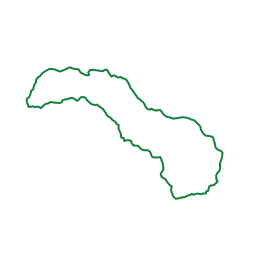 outline of Leoberto Leal, Santa Catarina, Brazil, rotated 115°
{"feature_id": "56859067B74012880326604", "entity_name": "Leoberto Leal", "entity_type": "district", "adm_level": 2, "iso_a3": "BRA", "parent_name": "Brazil", "parent_adm1": "Santa Catarina", "projection": "robinson", "projection_center": [-49.253, -27.488], "detail": "fine", "context": "isolated", "style": "outline", "palette": "green", "viewbox_px": 256, "rotation_deg": 115, "n_neighbors": 0, "source": "geoboundaries", "source_scale": "gbopen_adm2", "svg_char_len": 2963}
<svg xmlns="http://www.w3.org/2000/svg" viewBox="0 0 256 256"><g transform="rotate(115 128 128)"><path d="M150.9,226.8L149.8,225.0L148.5,223.3L148.5,221.3L147.2,219.7L146.5,217.5L146.9,215.5L145.0,214.6L143.0,213.8L141.0,212.8L139.3,210.5L137.4,209.5L136.7,207.9L136.0,205.0L135.0,202.6L134.4,200.8L132.6,198.9L130.4,199.0L128.7,197.1L127.3,194.9L125.7,193.4L124.5,191.5L124.1,188.8L124.9,185.8L123.4,184.6L121.6,184.3L119.9,183.5L118.8,181.8L118.6,179.1L120.3,176.5L121.1,173.7L121.9,171.3L121.5,169.4L121.0,167.3L120.0,165.9L120.5,163.6L120.9,161.4L121.4,158.5L122.5,156.8L123.7,154.6L125.4,152.4L125.9,150.2L126.0,148.2L127.0,146.4L127.4,144.1L127.9,141.6L129.1,140.2L129.2,137.8L130.9,137.1L132.7,136.2L134.0,134.6L135.3,133.2L136.6,131.7L138.2,131.0L139.5,129.9L139.0,127.6L141.2,125.8L139.5,123.9L138.7,122.3L138.5,119.6L140.2,118.2L141.5,116.0L140.6,113.3L139.9,110.9L141.1,108.7L141.7,106.0L141.0,103.0L139.9,101.2L140.1,98.2L141.8,96.2L143.4,94.7L144.0,93.1L143.2,91.4L142.8,89.6L141.8,88.1L140.8,86.5L141.8,85.0L143.2,84.0L145.0,81.8L147.0,80.6L149.0,79.2L151.0,78.3L153.6,78.9L156.3,78.7L158.1,76.8L158.5,73.1L159.7,70.8L161.0,68.5L162.0,66.2L162.4,63.7L164.9,63.1L166.4,62.6L167.6,61.5L168.7,60.0L170.3,58.9L171.2,57.3L171.9,55.0L171.1,53.4L170.0,51.9L168.7,50.8L167.9,49.3L166.4,47.2L164.2,45.4L162.5,43.5L160.6,42.3L160.8,40.4L159.5,39.0L158.2,37.6L157.6,35.5L157.0,33.4L155.5,32.1L154.5,29.9L152.2,30.2L150.9,28.8L148.7,29.3L146.3,29.6L144.7,28.2L143.9,26.4L141.7,25.4L138.9,24.2L137.0,26.3L135.5,27.1L133.9,28.0L132.0,28.1L130.3,27.8L128.3,27.1L126.1,27.4L124.3,28.1L121.9,29.5L119.6,29.9L116.6,30.1L114.0,30.7L112.4,31.2L110.4,32.0L109.6,33.8L109.7,36.7L109.2,39.3L108.1,41.1L106.4,41.9L104.9,43.2L103.5,44.5L102.0,45.8L100.5,47.4L100.6,50.0L101.5,52.5L102.1,54.7L101.3,57.2L99.8,59.6L98.5,61.5L96.5,62.6L95.5,64.2L94.4,67.2L93.0,71.1L93.6,74.3L93.6,77.9L94.1,79.7L94.6,81.6L95.8,84.1L97.0,85.9L98.8,88.3L100.6,91.6L100.6,94.2L101.4,97.0L101.2,99.8L100.2,102.6L99.1,104.1L98.2,106.0L98.8,107.9L100.2,109.6L100.8,112.0L100.7,115.0L102.2,116.0L102.5,118.5L101.4,120.9L99.6,123.0L98.2,125.1L97.8,127.2L97.0,129.5L96.5,132.3L95.2,134.2L93.9,136.9L92.1,139.4L90.9,142.3L88.6,144.9L87.3,146.3L86.0,148.1L85.1,149.9L84.7,151.7L85.4,154.0L84.7,155.8L85.8,157.3L86.6,158.9L86.2,161.2L86.4,163.5L88.3,164.5L87.1,167.1L85.6,169.5L84.1,171.5L85.3,173.9L87.1,174.7L87.8,176.8L88.4,178.7L89.0,181.0L89.9,183.9L91.4,186.9L94.5,187.4L96.3,185.7L97.6,187.3L98.0,190.2L97.8,193.8L97.2,195.5L95.8,197.4L96.2,199.2L96.9,201.0L97.5,203.3L97.3,205.2L98.1,207.0L100.1,208.6L101.6,209.7L103.1,211.1L105.5,213.4L105.8,216.8L105.9,219.2L106.6,221.6L107.8,224.3L110.0,225.9L111.8,227.1L113.6,228.3L116.1,229.3L117.9,229.6L120.1,231.0L123.1,231.7L125.3,230.7L126.8,231.1L128.4,231.2L131.0,230.8L133.1,230.2L135.0,231.4L137.5,230.9L140.4,230.6L142.2,230.7L143.8,231.8L145.6,231.6L147.4,230.5L149.0,228.7L150.9,226.8Z" fill="none" stroke="#15803d" stroke-width="2"/></g></svg>